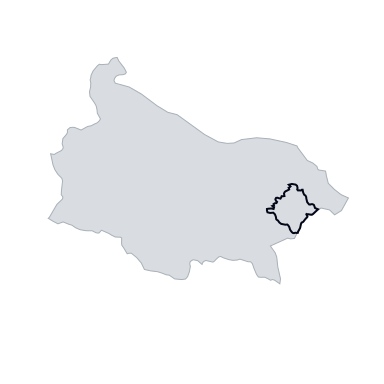 Bulgaria, with Varna highlighted, rotated 25°
{"feature_id": "BGR-2260", "entity_name": "Varna", "entity_type": "Province", "adm_level": 1, "iso_a3": "BGR", "parent_name": "Bulgaria", "parent_adm1": "", "projection": "equal_earth", "projection_center": [27.58, 43.197], "detail": "fine", "context": "in_parent", "style": "outline", "palette": "ink", "viewbox_px": 384, "rotation_deg": 25, "n_neighbors": 0, "source": "natural_earth", "source_scale": "10m", "svg_char_len": 3589}
<svg xmlns="http://www.w3.org/2000/svg" viewBox="0 0 384 384"><g transform="rotate(25 192 192)"><path d="M310.4,238.1L304.1,237.0L301.9,237.3L300.5,238.8L297.6,238.5L294.0,238.5L290.2,240.3L288.1,241.0L285.3,239.4L280.1,234.7L277.0,231.4L274.6,230.5L272.3,231.5L263.8,232.6L261.8,234.5L257.9,236.7L254.0,237.7L248.4,238.4L245.4,238.3L243.8,239.3L242.4,242.5L241.4,245.5L240.6,246.7L233.5,248.2L232.0,250.0L231.5,251.7L231.7,253.4L226.1,251.8L221.7,252.9L220.7,254.2L219.8,256.0L220.3,258.1L221.9,260.0L223.3,265.3L223.8,270.6L222.9,273.6L219.7,275.7L213.0,278.1L206.5,277.0L203.7,277.9L198.9,278.2L194.5,278.8L187.7,281.0L181.6,282.3L176.1,277.8L169.6,274.8L162.8,273.1L160.4,274.4L159.4,275.4L153.7,271.5L151.2,270.1L150.0,268.6L147.7,263.4L146.3,263.2L141.5,265.2L137.0,265.1L134.2,264.7L126.1,264.9L125.0,268.5L124.0,269.0L122.2,269.5L117.9,269.3L112.3,271.9L106.4,273.5L101.7,273.6L97.0,272.8L94.1,273.3L87.9,273.6L83.9,277.5L77.9,277.2L72.8,276.6L73.4,275.4L74.8,260.2L77.5,253.4L77.4,252.0L76.9,250.9L74.7,249.8L73.2,246.2L70.0,236.6L68.2,234.6L62.9,232.6L58.4,229.8L54.6,226.2L47.7,217.1L51.3,216.2L52.4,214.4L56.2,209.5L56.7,207.0L56.3,205.7L54.0,203.3L52.4,198.1L53.8,193.2L54.0,190.8L52.8,188.3L54.2,185.2L56.8,183.6L58.5,183.1L65.3,182.7L69.8,176.6L72.5,174.7L75.2,171.2L76.5,169.9L77.8,167.2L78.2,164.5L72.9,160.6L71.2,157.7L68.8,154.5L65.7,152.3L59.2,148.5L56.8,144.6L55.7,139.6L54.1,135.8L52.3,133.4L52.0,131.4L51.2,128.9L51.2,124.1L52.9,117.7L54.0,115.4L56.2,114.8L62.2,111.4L62.6,107.0L63.7,104.3L65.6,102.8L67.3,101.7L70.5,104.3L78.2,108.3L81.9,111.2L81.7,113.1L79.8,114.9L76.4,116.7L74.4,119.0L73.8,121.9L74.2,124.0L76.5,125.8L90.6,123.4L104.8,124.6L123.8,128.6L136.4,130.0L145.8,128.2L163.1,131.5L179.1,134.6L194.6,135.5L203.3,133.1L209.4,129.8L214.7,123.6L227.7,115.5L240.3,110.9L256.7,107.2L267.7,105.9L269.2,107.2L283.1,114.7L289.3,114.7L294.4,116.0L296.2,118.0L297.5,118.5L304.2,116.6L307.1,120.7L311.8,126.5L319.7,129.4L326.7,131.1L328.9,131.4L336.3,131.3L335.3,145.7L330.9,152.4L324.2,150.1L315.7,152.0L311.2,159.6L308.6,161.9L306.3,164.6L304.8,174.5L304.5,190.8L301.2,192.8L298.2,193.4L285.8,207.8L293.0,211.9L296.2,215.0L301.4,223.6L308.9,233.3L310.4,238.1Z" fill="#d9dde1" stroke="#a8b0b8" stroke-width="1"/><path d="M313.5,154.4L311.0,160.8L310.4,161.8L309.6,162.3L306.4,163.1L305.9,163.5L305.6,163.6L305.1,163.6L305.1,164.0L306.7,165.1L307.1,165.6L307.0,166.3L306.1,168.9L305.5,171.8L305.2,172.4L304.8,172.8L304.4,173.2L304.2,173.9L304.3,175.2L305.0,178.0L305.2,179.2L304.9,183.3L305.2,184.2L304.2,184.9L303.9,184.9L302.8,185.3L301.8,186.2L300.5,186.5L299.1,186.0L297.8,185.3L296.6,184.5L295.6,183.3L294.5,182.3L293.3,181.6L292.1,181.2L290.4,182.2L286.3,183.2L284.0,182.7L281.9,181.5L280.8,181.4L279.9,181.1L278.4,178.9L276.6,177.2L274.4,176.4L271.6,178.0L269.0,178.5L267.8,177.2L267.1,175.7L268.2,174.9L270.9,173.4L273.1,172.9L272.9,171.4L270.8,170.7L272.1,169.7L271.0,168.5L271.8,167.2L273.2,166.4L273.3,165.0L271.8,164.5L270.6,163.3L270.7,161.8L271.8,161.1L273.4,160.9L275.0,160.6L275.1,159.4L275.0,157.9L276.3,157.4L277.5,156.6L276.8,155.6L276.0,154.5L276.0,153.0L276.4,151.9L277.3,150.9L279.0,148.6L278.4,147.8L277.8,147.3L278.4,146.6L278.9,145.3L276.7,144.5L279.1,142.5L282.8,141.5L284.6,142.0L286.0,143.8L286.3,145.3L287.5,145.8L287.9,145.5L288.3,145.2L289.2,145.0L290.1,144.6L290.6,143.5L291.3,143.2L292.9,145.4L294.7,147.0L296.4,147.3L297.6,148.3L298.5,149.8L300.7,152.5L303.4,153.8L304.4,153.5L305.1,152.7L306.5,152.1L307.9,152.2L309.2,153.4L310.2,154.5L311.8,154.5L313.4,154.4L313.5,154.4Z" fill="none" stroke="#020617" stroke-width="2"/></g></svg>